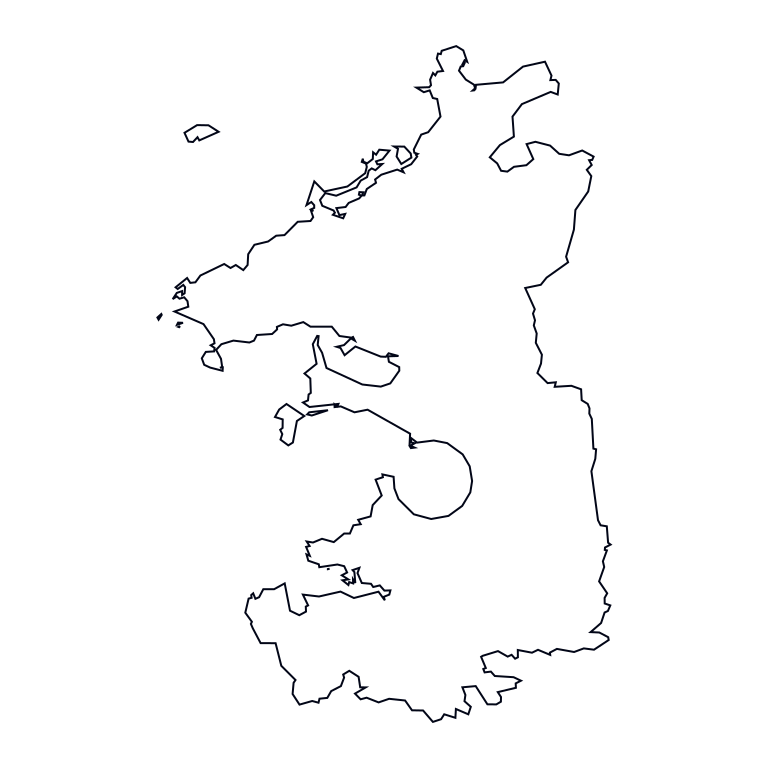 Sligo-Drumcliff Lea-5, Sligo, Ireland (orthographic projection)
{"feature_id": "5873133B89616968350212", "entity_name": "Sligo-Drumcliff Lea-5", "entity_type": "district", "adm_level": 2, "iso_a3": "IRL", "parent_name": "Ireland", "parent_adm1": "Sligo", "projection": "orthographic", "projection_center": [-8.517, 54.315], "detail": "fine", "context": "isolated", "style": "outline", "palette": "ink", "viewbox_px": 768, "rotation_deg": 0, "n_neighbors": 0, "source": "geoboundaries", "source_scale": "gbopen_adm2", "svg_char_len": 6093}
<svg xmlns="http://www.w3.org/2000/svg" viewBox="0 0 768 768"><path d="M551.5,75.6L545.0,61.7L523.0,66.6L503.1,82.4L476.0,84.8L475.5,88.8L474.3,90.3L472.7,90.5L475.1,88.3L474.0,84.7L465.8,79.6L459.0,70.7L460.7,66.5L463.2,66.2L465.1,62.1L461.9,65.4L464.6,60.2L467.2,61.8L463.3,50.4L456.2,46.1L441.7,50.8L440.8,54.1L438.0,53.6L436.8,58.6L443.0,71.0L437.4,71.7L435.3,75.4L433.0,73.0L430.1,79.7L431.0,85.2L429.2,87.2L416.4,87.6L423.8,92.2L429.7,90.4L432.8,98.0L437.2,99.0L440.5,116.6L428.2,132.2L421.2,134.6L413.8,149.5L414.3,152.7L417.7,153.9L416.0,154.9L417.2,156.5L411.2,164.2L401.7,168.8L403.6,172.3L397.2,169.6L381.3,174.7L375.1,179.5L376.0,182.8L366.8,189.0L364.4,195.4L362.0,195.5L363.3,192.3L359.4,192.1L358.9,194.7L361.6,195.6L359.2,198.4L348.7,202.9L345.6,207.0L336.4,208.1L339.4,215.1L345.2,213.9L343.2,218.3L332.9,214.8L334.9,212.7L333.6,210.5L322.3,205.8L320.0,200.0L325.3,193.1L336.2,195.7L356.6,187.4L360.7,180.6L367.1,177.1L368.7,170.7L371.7,168.4L375.4,170.2L382.3,164.0L377.4,164.3L376.0,161.4L382.5,159.3L389.5,150.6L379.3,149.7L376.1,154.7L373.1,152.3L372.8,159.0L367.2,163.3L363.4,161.7L362.8,158.7L361.8,161.9L366.0,163.6L366.8,166.9L365.2,173.2L347.4,186.5L324.2,191.5L314.3,181.4L306.5,205.1L311.3,202.0L314.2,205.2L314.2,207.9L310.9,209.4L313.4,210.9L310.9,210.4L313.2,217.2L310.5,221.0L297.7,221.8L284.5,235.1L276.2,235.7L268.1,241.5L254.4,244.8L248.2,254.2L247.6,265.0L243.3,270.1L235.8,265.0L230.5,268.0L224.2,264.0L200.4,275.5L195.4,282.3L190.3,282.9L187.1,278.0L175.6,287.3L177.7,289.0L183.3,284.9L185.1,287.2L184.6,293.3L182.1,295.0L182.1,291.1L176.8,292.9L172.7,299.1L176.8,296.4L179.5,298.7L184.2,297.3L187.5,301.2L188.3,306.7L174.5,311.5L203.5,324.1L213.9,339.2L214.5,343.3L210.7,345.3L214.6,347.9L214.1,351.4L205.8,351.9L201.8,358.3L204.2,364.8L210.2,367.6L222.6,370.8L222.8,367.4L219.9,367.7L222.2,367.1L221.0,358.8L216.1,349.9L221.4,344.2L233.4,340.6L249.4,342.5L254.0,340.6L256.9,335.0L272.1,334.0L277.1,329.4L276.9,326.9L283.0,324.3L291.3,325.7L303.3,322.1L310.5,326.7L331.8,326.7L339.4,336.0L353.3,337.9L352.6,336.1L354.9,340.7L350.9,338.4L344.0,345.1L336.7,346.8L340.5,348.0L344.6,355.2L355.4,346.5L380.7,356.6L385.9,356.8L388.6,353.3L398.5,356.0L388.0,356.3L388.9,361.8L399.2,367.1L399.3,370.7L390.3,383.4L380.8,386.6L362.3,384.5L326.5,368.0L322.1,352.8L317.7,345.0L318.6,336.1L317.2,335.9L312.8,344.2L316.6,363.8L304.5,373.5L310.3,378.5L310.8,392.9L308.6,394.5L308.0,400.4L303.0,402.5L309.5,407.0L338.4,403.9L337.2,406.5L334.5,404.3L334.6,407.1L340.8,406.4L354.5,412.3L367.6,409.7L410.1,433.7L409.5,445.8L410.9,448.1L414.6,447.6L410.3,445.7L414.7,443.3L411.1,442.4L411.0,438.0L417.1,442.6L433.8,440.5L447.2,443.1L462.7,454.4L469.7,466.3L472.1,481.0L470.3,492.4L462.2,505.9L448.5,515.9L431.2,519.0L413.8,514.3L398.5,499.1L394.4,488.4L393.6,476.8L382.4,474.4L382.9,477.2L375.6,479.6L381.7,495.5L372.7,505.1L370.6,516.4L358.2,519.8L360.7,524.2L353.4,525.3L349.9,533.5L344.2,533.5L333.8,542.1L322.0,538.8L313.0,542.5L306.7,541.5L309.6,546.0L306.1,546.9L309.8,555.8L306.5,554.4L308.3,560.7L318.8,564.3L319.3,567.2L337.4,564.5L344.2,566.2L347.1,572.5L341.8,575.3L348.3,579.4L342.5,580.3L348.4,585.0L349.2,582.1L353.1,583.4L353.0,579.3L355.3,583.0L354.4,572.1L352.6,570.1L359.4,567.8L357.5,573.1L361.8,583.0L371.0,583.8L373.2,587.0L379.8,585.4L384.4,590.6L390.4,590.4L389.3,594.6L383.8,596.8L384.8,600.3L378.5,591.7L353.9,598.0L340.5,591.6L319.0,596.5L302.9,594.6L308.1,605.4L305.8,606.6L306.0,611.6L299.3,615.2L290.0,610.7L284.7,583.4L274.1,589.2L263.3,589.2L259.1,597.2L255.4,598.8L253.2,593.3L251.2,595.1L251.6,597.8L248.6,598.6L245.3,612.7L251.9,621.8L250.9,623.9L252.8,628.3L260.6,643.1L275.6,643.2L281.3,665.8L295.5,680.0L293.6,682.8L292.6,694.0L299.5,704.6L312.2,701.0L318.5,702.7L319.5,698.7L327.3,697.9L331.2,691.1L340.9,686.1L344.1,677.6L343.2,674.5L349.3,670.8L358.6,676.8L360.2,687.3L365.7,687.4L355.0,693.6L360.6,699.3L366.6,697.7L378.6,702.4L389.1,698.8L405.1,700.5L412.0,710.3L423.1,710.5L432.9,721.9L441.1,719.2L444.2,714.3L455.4,717.8L455.9,709.0L468.3,714.3L470.8,706.8L464.5,701.2L465.4,695.0L462.4,687.3L475.7,686.1L487.4,704.3L496.3,704.4L500.9,701.7L501.0,697.0L497.8,692.1L515.9,687.8L515.7,683.4L521.0,680.7L513.6,677.2L494.8,676.0L490.9,671.6L484.6,672.4L483.3,669.0L485.8,668.0L481.1,656.8L482.7,655.8L498.0,651.1L507.7,656.6L511.6,654.8L515.1,658.7L517.9,657.3L517.8,650.0L532.0,652.7L538.0,649.8L550.2,654.9L549.9,652.6L556.9,648.9L574.1,652.0L583.8,648.4L594.0,649.7L608.7,640.0L608.2,637.2L599.3,632.5L590.6,632.1L601.1,623.0L604.6,612.5L607.9,611.0L610.3,605.4L604.7,603.5L604.6,597.9L607.2,593.3L599.1,581.4L604.2,567.0L602.9,561.3L606.9,550.4L604.8,549.9L605.0,547.5L610.6,544.6L608.1,542.7L606.8,526.3L600.6,525.3L598.0,520.2L591.4,471.2L595.3,458.8L596.1,449.3L593.4,448.6L591.8,418.9L589.3,413.6L589.5,408.4L587.7,403.9L581.7,400.2L581.1,389.3L571.4,385.8L554.7,386.8L555.8,382.3L547.6,383.1L537.4,373.0L541.0,363.6L541.9,354.7L535.8,342.8L536.7,333.5L533.8,325.4L535.0,320.3L533.0,313.6L534.8,309.2L525.2,288.0L540.8,284.8L546.6,277.6L568.1,262.3L566.1,256.7L573.9,229.6L575.4,210.0L588.2,191.5L591.3,176.1L586.8,169.8L591.7,165.0L589.1,160.2L592.2,159.9L593.6,156.6L582.2,150.5L569.0,155.3L559.2,153.8L550.1,145.6L535.4,141.8L526.6,144.1L533.3,159.1L526.4,165.2L514.0,166.8L507.4,171.6L501.1,170.8L497.2,163.4L489.8,157.3L499.9,145.1L513.9,136.6L512.5,116.6L521.9,104.1L550.7,91.9L557.7,94.5L558.8,83.5L555.7,79.9L550.4,80.1L551.5,75.6ZM280.5,439.6L288.3,445.4L292.9,442.5L296.9,421.0L304.3,416.0L286.5,404.0L279.2,409.5L275.0,417.0L282.7,419.4L282.6,427.9L280.2,429.8L282.3,434.1L280.5,439.6ZM197.1,125.1L184.5,132.8L188.5,141.6L193.0,142.0L197.5,137.2L199.3,140.4L218.6,131.8L208.5,125.3L197.1,125.1ZM404.3,146.6L394.1,146.5L398.0,148.8L396.6,156.5L401.3,164.0L411.4,157.6L410.7,153.5L404.3,146.6ZM328.0,410.2L309.2,412.3L307.2,414.4L311.8,415.5L328.0,410.2ZM158.6,319.7L161.7,314.9L161.3,314.0L157.4,317.5L158.6,319.7ZM183.0,322.8L178.1,322.6L177.0,324.8L183.0,322.8ZM327.5,569.3L329.6,568.7L327.1,569.2L327.5,569.3ZM178.4,326.9L179.2,327.2L180.0,326.2L178.4,326.9Z" fill="none" stroke="#020617" stroke-width="2"/></svg>